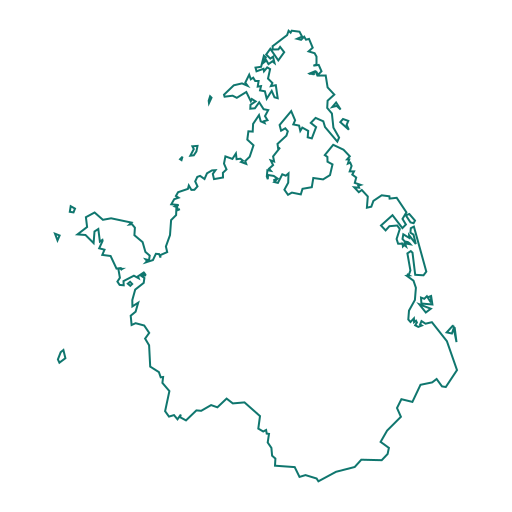 the district of Antsiranana II, Diana, Madagascar
{"feature_id": "10022922B22775533170221", "entity_name": "Antsiranana II", "entity_type": "district", "adm_level": 2, "iso_a3": "MDG", "parent_name": "Madagascar", "parent_adm1": "Diana", "projection": "mercator", "projection_center": [49.235, -12.498], "detail": "fine", "context": "isolated", "style": "outline", "palette": "teal", "viewbox_px": 512, "rotation_deg": 0, "n_neighbors": 0, "source": "geoboundaries", "source_scale": "gbopen_adm2", "svg_char_len": 6027}
<svg xmlns="http://www.w3.org/2000/svg" viewBox="0 0 512 512"><path d="M280.0,147.7L278.2,148.8L277.5,143.9L286.4,135.7L287.8,131.3L285.3,128.3L281.1,130.7L279.6,125.0L291.2,111.1L295.1,120.3L293.3,124.4L299.1,125.6L300.3,130.9L302.3,127.6L308.2,130.9L307.7,137.3L311.8,138.4L316.1,127.1L310.8,122.9L315.6,117.9L323.3,121.3L325.0,127.0L337.3,141.6L339.1,137.6L333.4,127.6L331.9,113.5L327.2,107.9L327.6,100.7L334.3,94.6L327.6,87.4L325.7,75.5L317.4,75.6L315.8,71.7L313.2,72.8L314.5,74.8L313.1,73.5L312.2,74.1L311.4,73.6L309.9,73.9L309.4,73.6L315.2,71.2L316.6,72.1L317.9,74.9L321.5,71.3L318.7,64.9L313.4,65.7L316.5,64.4L316.5,56.6L314.6,53.2L308.6,51.4L312.7,47.7L309.0,38.9L306.0,39.7L304.2,36.7L301.1,39.8L297.1,38.8L302.1,36.6L299.5,31.7L291.7,30.7L290.6,32.7L288.6,30.8L287.1,35.1L272.6,46.2L272.7,49.5L278.4,49.4L280.1,46.9L284.2,52.2L278.3,60.4L270.3,48.8L266.2,54.5L270.3,58.6L273.0,56.7L274.5,63.0L272.4,61.3L268.5,64.1L266.4,60.4L263.8,62.5L265.8,57.4L263.9,55.7L261.1,66.8L255.5,67.6L256.5,71.3L263.5,68.8L264.0,71.3L267.2,67.4L270.1,69.1L268.0,78.6L272.4,83.0L270.9,86.1L275.8,85.2L277.7,98.2L274.5,97.3L271.7,90.9L266.7,98.7L264.9,91.3L260.0,90.4L261.0,86.1L257.7,86.6L258.6,81.0L255.2,81.0L253.2,77.7L250.8,79.3L249.2,74.7L245.3,82.6L247.6,85.8L242.0,83.4L233.8,85.3L224.0,94.7L224.6,96.7L232.6,95.7L236.8,97.8L246.3,92.0L250.8,101.2L251.8,99.0L255.6,101.4L250.5,104.8L250.3,108.7L254.9,108.3L259.2,102.3L263.6,109.2L268.2,110.1L265.0,116.1L267.5,120.2L263.9,121.2L264.6,123.0L260.7,121.3L259.0,115.1L253.1,123.9L252.7,131.6L248.4,131.3L247.3,139.6L253.5,145.3L249.7,156.7L245.2,161.1L246.2,163.9L241.1,162.0L242.9,160.7L240.4,158.7L236.6,159.2L235.9,153.5L232.4,158.9L225.4,156.4L224.0,163.6L226.5,169.4L222.9,172.8L223.0,177.5L214.0,179.1L212.8,173.9L215.5,170.2L212.0,170.4L207.0,173.3L204.5,179.0L200.1,175.9L197.3,176.9L195.2,181.4L197.5,186.4L194.4,189.8L191.4,189.9L188.8,185.5L187.9,188.9L178.1,192.2L175.9,196.0L178.5,197.7L174.2,199.2L171.3,204.3L178.6,205.0L175.1,206.5L177.2,207.2L177.7,209.7L179.9,209.2L177.5,210.2L176.4,207.3L176.1,215.1L171.1,220.1L170.0,235.1L165.9,246.5L167.2,252.1L160.3,255.1L160.5,257.6L159.1,254.1L155.9,253.8L152.9,260.1L145.9,262.3L147.5,260.6L145.8,259.7L145.5,259.3L149.0,260.2L149.7,255.6L145.4,251.9L142.6,242.1L134.4,235.2L134.9,227.7L131.4,223.5L130.9,224.3L129.5,224.5L131.5,222.6L111.1,218.3L102.9,219.8L94.6,212.5L85.9,217.2L87.1,227.0L77.5,234.4L85.5,235.0L93.6,243.1L94.5,231.5L98.3,229.0L99.9,241.6L102.4,239.9L102.6,240.8L99.2,248.3L104.5,249.7L102.3,254.9L110.6,256.0L116.5,268.6L120.4,268.1L121.2,268.3L121.5,269.2L121.8,268.9L122.2,268.9L121.3,269.4L120.1,268.2L118.4,269.2L119.9,277.8L117.4,281.6L119.6,284.9L123.7,285.3L123.5,281.1L133.9,275.7L138.7,278.3L138.0,276.3L144.5,272.0L142.8,274.3L144.7,273.7L145.4,274.5L145.2,275.4L141.5,276.0L144.4,278.0L143.7,282.9L135.2,289.6L132.3,300.1L132.4,306.4L138.2,302.7L135.6,311.7L130.7,315.7L131.6,325.0L135.6,323.2L144.2,325.5L149.2,332.9L145.1,338.6L149.1,345.3L150.2,366.6L158.9,372.1L160.7,377.3L163.1,377.0L162.4,382.9L169.4,391.1L165.1,411.2L169.0,416.6L174.0,415.1L177.5,419.3L180.8,414.6L180.1,417.2L186.0,420.4L196.4,410.4L201.2,410.8L211.1,405.1L217.4,407.3L226.6,398.6L232.8,403.4L244.5,402.4L260.0,416.1L258.3,428.6L263.2,431.5L266.1,430.0L266.7,433.6L269.0,433.9L267.7,442.5L271.4,447.9L272.1,455.7L275.4,458.6L275.0,465.7L294.7,467.1L299.5,476.9L305.5,475.1L316.6,478.5L318.4,481.3L336.0,471.8L354.7,467.0L361.3,459.7L381.7,460.2L387.6,454.0L388.9,447.9L380.6,441.9L387.1,430.6L400.9,416.8L397.0,408.0L401.4,399.2L412.4,401.9L420.5,384.8L432.2,382.4L436.6,379.0L442.0,386.4L445.8,387.0L457.0,370.1L446.9,341.2L431.9,322.2L425.5,323.7L421.5,321.1L420.1,324.5L421.8,325.5L418.3,326.9L415.2,325.3L416.9,322.5L416.0,320.7L414.1,322.2L413.9,318.4L410.5,322.0L408.3,319.5L409.0,310.6L414.9,300.0L415.9,287.8L413.5,280.7L406.8,275.8L409.2,275.5L406.9,274.3L408.9,274.7L410.4,270.5L407.4,253.4L410.8,251.1L412.5,252.7L415.2,274.8L423.5,275.3L426.3,271.6L413.9,226.6L410.8,228.2L410.4,232.7L413.5,234.6L415.8,244.0L409.1,235.2L409.2,237.9L403.3,234.3L402.5,239.0L404.7,241.4L407.9,242.1L409.5,243.3L410.4,244.3L405.0,243.4L406.0,246.4L403.0,244.1L403.4,245.9L402.9,246.4L402.6,243.8L398.1,243.7L396.6,239.0L399.8,229.0L397.2,225.5L389.4,226.2L385.6,230.4L381.0,225.5L392.5,215.2L402.4,228.1L405.9,224.5L402.5,218.9L406.4,212.3L396.7,197.8L389.6,198.6L389.4,196.3L381.7,195.3L373.4,200.9L371.3,206.7L366.9,207.7L367.8,196.5L361.8,190.0L358.8,192.2L354.2,187.3L359.1,187.7L358.3,185.7L360.7,184.9L354.8,182.9L356.2,177.5L352.3,174.6L354.0,171.4L349.7,171.4L351.6,165.9L350.2,162.6L347.9,163.6L349.2,159.5L347.1,159.4L349.8,156.3L343.5,149.7L333.2,144.8L324.8,155.1L327.4,156.9L327.5,161.7L332.5,164.4L330.0,175.1L323.1,179.4L313.3,178.0L311.8,187.2L302.5,188.8L300.8,194.4L291.9,192.6L288.0,194.8L284.4,189.7L288.2,182.7L288.5,173.4L285.8,175.7L282.3,174.3L277.9,182.9L274.2,182.0L276.3,179.9L273.4,180.4L277.3,178.4L273.7,175.9L268.0,175.0L267.8,179.2L266.8,176.5L267.4,170.2L270.8,170.8L269.0,168.7L273.1,165.1L270.7,160.4L274.1,161.5L273.1,156.4L280.0,147.7ZM431.1,296.0L428.5,297.0L430.3,296.6L431.3,297.8L430.2,301.4L426.9,296.2L424.3,298.8L421.0,297.6L421.4,303.5L432.4,304.5L431.1,296.0ZM65.4,358.2L63.4,350.0L60.7,352.2L57.9,359.4L59.4,362.7L65.4,358.2ZM430.8,308.7L419.3,304.3L425.8,312.5L430.8,308.7ZM454.7,327.9L452.5,326.0L446.7,332.4L451.9,333.5L453.7,328.2L456.5,342.1L454.7,327.9ZM197.5,145.9L192.4,146.3L193.8,149.1L190.3,155.7L193.8,155.3L196.4,151.4L197.5,145.9ZM409.3,214.0L405.8,215.3L410.5,222.4L413.6,223.2L415.0,220.6L409.3,214.0ZM343.0,119.0L340.3,122.1L348.8,129.7L346.6,124.9L348.3,120.9L343.0,119.0ZM70.7,206.2L69.8,211.8L73.5,212.4L75.0,208.6L70.7,206.2ZM340.6,109.5L336.1,102.5L332.3,107.0L336.7,105.9L340.6,109.5ZM59.6,235.5L55.0,233.7L57.5,240.4L59.6,235.5ZM130.1,281.8L127.8,283.7L130.3,285.8L132.2,284.0L130.1,281.8ZM210.1,96.3L208.7,100.7L209.0,103.1L211.5,97.7L210.1,96.3ZM181.5,160.1L182.5,156.7L180.1,159.2L181.5,160.1Z" fill="none" stroke="#0f766e" stroke-width="2"/></svg>